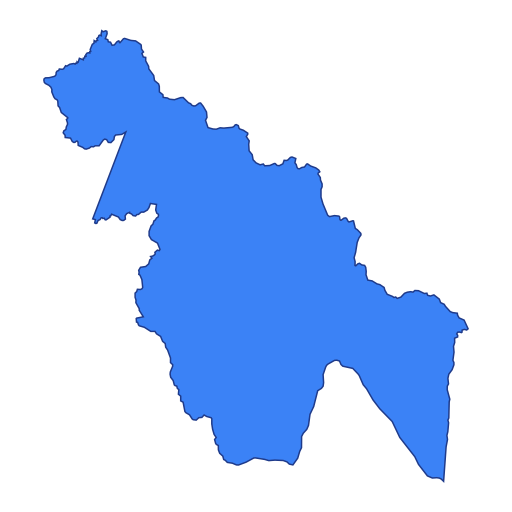 Caracolí, Antioquia, Colombia
{"feature_id": "7082276B21568084054771", "entity_name": "Caracolí", "entity_type": "district", "adm_level": 2, "iso_a3": "COL", "parent_name": "Colombia", "parent_adm1": "Antioquia", "projection": "albers", "projection_center": [-74.748, 6.347], "detail": "fine", "context": "isolated", "style": "filled", "palette": "blue", "viewbox_px": 512, "rotation_deg": 0, "n_neighbors": 0, "source": "geoboundaries", "source_scale": "gbopen_adm2", "svg_char_len": 5943}
<svg xmlns="http://www.w3.org/2000/svg" viewBox="0 0 512 512"><path d="M136.5,322.1L137.6,322.3L138.5,324.9L139.3,325.8L144.4,327.3L150.8,331.4L155.0,331.4L156.5,333.8L160.6,336.4L162.6,341.3L165.2,343.5L165.7,347.2L167.6,350.0L170.5,358.0L170.5,362.6L172.7,364.7L172.6,366.4L170.3,372.0L170.1,374.2L170.7,377.3L173.2,380.6L174.3,384.9L175.1,385.6L176.8,386.1L177.3,388.3L178.8,389.7L178.4,394.2L180.7,396.1L180.7,400.9L183.1,402.2L184.9,411.5L185.9,412.7L189.5,414.8L192.2,419.0L193.2,419.7L196.2,420.1L198.8,417.7L201.9,417.4L204.1,415.0L206.7,416.5L211.1,417.7L211.8,418.8L211.8,423.9L212.6,429.2L214.1,434.4L216.2,437.5L214.6,439.5L215.6,443.3L216.3,444.4L218.3,445.5L218.4,449.9L219.7,453.3L222.8,456.1L223.7,459.5L225.3,460.3L227.3,462.4L232.4,463.2L236.4,464.9L238.5,465.0L246.0,462.2L253.8,458.0L255.4,457.9L264.7,459.4L268.8,460.6L274.9,460.1L283.2,460.5L287.0,461.9L289.3,464.1L292.9,464.9L297.7,458.2L299.7,451.4L301.5,447.7L301.6,436.5L303.3,433.2L306.8,429.3L308.5,425.4L310.0,414.3L313.7,406.5L317.7,390.7L321.4,388.4L323.1,386.2L323.6,382.7L323.1,374.6L325.7,367.0L326.6,365.3L328.1,364.0L334.5,360.4L336.8,360.2L339.5,361.0L341.0,364.5L342.8,366.2L352.8,368.4L358.1,374.0L359.2,375.5L363.2,384.7L366.6,388.8L373.0,399.9L379.8,408.8L392.2,421.5L399.8,437.5L414.8,456.7L418.5,464.4L427.4,475.9L432.3,478.0L436.8,477.7L439.4,478.1L441.3,479.1L443.6,481.3L446.1,446.8L447.5,439.5L446.9,435.4L447.8,431.8L448.6,422.8L447.9,420.1L448.8,418.0L449.2,401.8L449.8,399.2L447.2,389.7L447.3,386.1L448.5,383.9L447.9,378.3L448.8,374.2L452.1,369.7L453.9,364.8L453.9,362.5L452.9,360.3L454.0,352.2L453.5,346.3L454.7,342.5L454.6,338.2L457.6,337.0L457.7,335.3L456.7,333.9L457.6,332.3L459.2,332.0L461.5,332.6L462.0,332.2L462.1,330.1L464.4,329.4L466.7,330.0L468.1,328.8L464.1,320.1L459.1,317.9L457.6,315.2L457.3,313.2L452.7,312.6L450.2,311.6L445.4,306.3L444.2,304.3L440.6,302.6L439.3,299.1L433.9,294.9L430.4,296.0L427.6,295.3L426.9,293.2L424.3,293.5L418.5,290.7L414.9,290.5L413.0,292.1L410.6,291.7L407.3,292.2L404.5,293.3L400.9,297.1L397.2,298.4L395.7,297.0L393.9,297.5L392.7,296.5L387.2,294.3L384.9,290.3L384.1,287.5L379.8,284.6L377.0,283.9L372.1,280.9L367.8,280.1L366.0,274.7L366.2,271.4L365.7,267.3L364.6,265.4L361.7,264.9L359.5,263.3L357.9,263.8L355.8,265.8L355.0,265.5L355.1,261.6L354.1,257.7L355.6,252.4L357.2,242.4L359.0,237.8L361.0,234.9L360.8,233.4L357.4,229.8L355.3,228.4L353.5,220.9L352.7,220.8L349.0,222.0L348.1,221.3L346.5,218.3L345.4,217.9L343.8,218.2L341.2,220.2L340.5,220.2L339.9,219.3L339.6,216.8L338.9,216.1L334.5,215.6L329.5,216.6L327.7,215.3L323.0,204.0L321.0,197.2L321.0,189.4L322.1,186.8L322.1,183.9L320.5,180.1L320.3,177.5L318.0,174.1L318.1,173.1L319.8,171.8L318.7,170.0L315.8,167.9L310.6,166.0L307.6,163.9L306.6,164.1L304.5,167.0L301.7,167.5L299.5,168.8L297.9,168.6L297.1,167.6L296.2,164.5L294.9,162.8L295.8,158.5L292.0,157.0L290.4,157.4L287.7,160.1L286.4,160.5L284.1,160.3L282.9,163.8L279.2,165.7L277.0,165.4L275.3,163.6L274.3,163.5L269.8,165.5L264.7,165.8L263.3,164.0L260.1,164.8L256.1,162.9L253.1,159.8L252.2,154.7L249.1,150.8L248.7,144.2L249.2,140.9L246.3,136.6L247.8,134.1L247.7,133.1L243.3,130.2L239.8,129.0L239.0,128.1L238.3,125.6L236.3,124.6L235.2,124.9L233.8,126.6L232.3,127.3L223.8,128.1L220.1,127.8L216.3,129.2L213.0,129.0L208.0,127.6L205.5,120.3L207.0,117.4L206.5,112.0L203.2,106.3L200.6,103.0L199.2,103.1L195.6,105.8L193.8,106.0L191.9,105.3L190.6,103.7L188.5,102.8L183.1,97.5L180.7,97.6L174.5,99.7L169.5,99.2L167.5,98.0L163.2,97.4L162.9,94.7L159.4,91.9L159.3,86.3L158.6,84.0L154.5,80.5L153.7,75.5L148.8,68.8L148.6,66.3L145.7,60.9L145.7,57.4L143.3,57.0L141.9,53.4L143.5,52.0L141.5,49.1L141.2,45.1L140.7,44.4L135.6,40.9L130.8,40.4L124.6,38.4L123.4,38.8L120.0,42.7L119.5,42.6L119.0,41.0L118.4,40.9L116.8,41.9L114.4,44.9L112.1,45.3L110.5,42.2L108.3,41.8L107.8,39.7L105.3,38.7L107.1,33.8L106.9,31.4L105.8,30.8L103.1,31.7L101.8,30.7L101.1,33.9L101.3,35.7L99.7,35.1L98.9,35.5L98.4,37.1L96.8,38.6L97.6,40.4L96.2,40.7L95.8,41.9L94.2,40.6L93.9,43.3L92.3,44.3L90.2,49.5L90.7,51.4L89.8,51.6L89.8,53.0L88.4,52.7L86.9,53.2L85.8,54.7L86.0,56.3L84.8,56.2L84.6,57.9L83.3,58.2L83.3,59.8L79.4,58.3L78.1,62.4L77.6,62.6L77.0,61.9L76.7,63.4L75.7,63.2L75.1,64.1L73.9,63.5L69.9,64.2L66.8,66.1L65.6,65.7L63.6,68.8L62.3,69.3L59.3,69.0L58.7,70.5L57.1,71.1L56.2,72.4L56.0,74.8L54.7,76.3L49.2,77.7L45.3,77.9L44.0,79.0L43.9,80.4L44.3,82.3L45.4,83.5L48.9,85.3L50.9,87.2L51.9,89.6L51.8,91.9L53.8,96.9L55.1,98.8L57.0,99.7L57.8,101.1L58.1,105.9L59.6,107.5L61.3,112.5L67.8,117.7L67.6,118.5L66.4,119.5L67.5,122.9L67.5,124.4L66.3,126.9L65.9,129.4L63.8,130.9L63.2,132.8L65.1,135.3L65.2,137.5L70.5,138.1L72.2,141.4L73.6,142.4L74.9,142.4L76.4,141.1L77.4,141.2L78.0,142.2L78.2,145.4L82.8,147.4L84.5,148.8L86.2,149.1L89.3,148.1L91.2,146.6L93.5,146.8L95.2,145.8L99.1,145.8L103.3,140.0L104.7,139.1L106.6,139.6L108.3,142.4L110.9,142.6L113.9,139.6L114.4,136.5L115.7,135.0L121.7,134.4L125.8,132.0L92.7,218.9L95.4,219.6L94.7,222.9L95.8,223.5L96.8,223.3L98.1,220.5L100.0,219.6L101.2,217.8L102.2,217.7L102.9,218.5L104.2,218.2L105.2,219.8L106.0,219.9L110.0,217.2L109.9,216.1L110.7,215.9L111.6,214.2L118.4,217.0L120.2,219.6L122.2,220.5L123.7,220.4L125.4,219.1L125.1,215.8L126.7,213.6L129.6,212.3L129.8,213.3L131.5,213.9L133.1,215.6L135.6,216.0L136.8,214.6L138.5,214.4L141.2,212.1L143.8,212.1L147.4,210.0L149.0,207.5L150.4,203.5L156.5,204.4L155.7,210.0L156.8,213.2L158.4,214.3L158.5,215.6L158.0,217.1L156.6,217.9L155.1,220.2L154.0,220.8L152.9,224.2L151.1,225.9L149.1,231.4L149.1,235.7L151.4,239.6L157.5,243.1L160.0,249.4L159.3,250.6L157.4,250.1L154.9,252.3L155.2,253.9L154.6,254.8L152.6,256.1L150.6,256.5L151.9,258.2L149.8,259.9L148.7,263.9L145.7,266.5L140.5,267.3L138.7,270.3L139.1,272.2L138.8,274.4L140.0,275.2L141.9,279.6L142.7,287.4L142.1,288.7L140.4,289.5L137.4,289.3L136.7,291.6L135.1,293.1L135.1,297.3L136.0,300.1L135.9,302.7L139.3,308.8L139.2,310.2L143.3,316.8L136.7,318.1L136.2,318.6L136.5,322.1Z" fill="#3b82f6" stroke="#1e3a8a" stroke-width="1.5"/></svg>